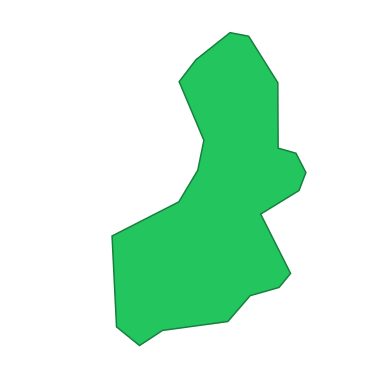 map outline of Slough (Natural Earth projection), rotated 68°
{"feature_id": "GBR-5704", "entity_name": "Slough", "entity_type": "Unitary Authority", "adm_level": 1, "iso_a3": "GBR", "parent_name": "United Kingdom", "parent_adm1": "", "projection": "natural_earth1", "projection_center": [-0.575, 51.482], "detail": "fine", "context": "isolated", "style": "filled", "palette": "green", "viewbox_px": 384, "rotation_deg": 68, "n_neighbors": 0, "source": "natural_earth", "source_scale": "10m", "svg_char_len": 422}
<svg xmlns="http://www.w3.org/2000/svg" viewBox="0 0 384 384"><g transform="rotate(68 192 192)"><path d="M122.9,71.5L183.6,95.7L195.0,81.1L216.6,79.1L230.7,92.2L238.2,136.6L304.4,131.1L313.1,147.0L309.9,176.9L325.5,207.3L309.3,271.2L314.7,298.2L288.8,312.5L202.8,282.6L196.2,207.9L174.0,178.5L148.5,161.6L84.9,162.6L70.8,138.7L58.5,97.0L68.8,81.1L122.9,71.5Z" fill="#22c55e" stroke="#15803d" stroke-width="1.5"/></g></svg>